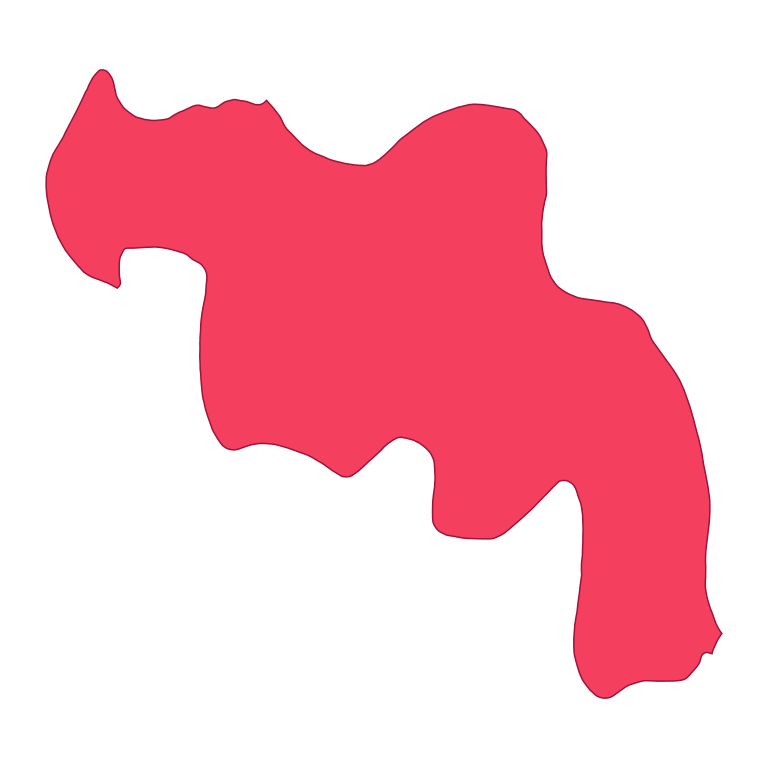 the district of Ly Nhan, Hà Nam, Vietnam
{"feature_id": "81297802B63925273406451", "entity_name": "Ly Nhan", "entity_type": "district", "adm_level": 2, "iso_a3": "VNM", "parent_name": "Vietnam", "parent_adm1": "Hà Nam", "projection": "natural_earth1", "projection_center": [106.086, 20.548], "detail": "fine", "context": "isolated", "style": "filled", "palette": "rose", "viewbox_px": 768, "rotation_deg": 0, "n_neighbors": 0, "source": "geoboundaries", "source_scale": "gbopen_adm2", "svg_char_len": 6067}
<svg xmlns="http://www.w3.org/2000/svg" viewBox="0 0 768 768"><path d="M579.2,594.5L577.9,603.8L577.0,612.0L576.0,617.2L574.8,625.0L574.5,628.8L574.1,634.9L573.9,637.0L573.8,639.8L573.9,643.5L573.8,646.2L574.1,652.6L574.6,655.8L576.2,662.1L577.4,666.4L578.9,671.3L580.3,675.0L581.6,678.0L582.8,680.3L584.1,682.3L585.1,683.7L590.0,690.0L592.5,692.3L595.2,694.8L597.4,696.3L599.7,697.2L601.9,697.9L604.0,698.1L606.4,698.1L608.8,697.7L611.5,696.8L614.1,695.2L621.8,689.6L624.2,687.9L626.8,686.3L629.5,684.9L632.2,684.0L638.2,682.1L643.4,680.8L645.9,680.7L650.9,680.8L656.1,681.1L663.4,681.1L672.7,681.0L678.2,680.7L681.8,680.1L683.3,679.7L684.6,679.2L686.2,678.2L688.5,676.3L692.8,671.3L694.8,669.1L696.8,666.8L698.6,664.3L699.7,662.1L700.6,658.9L701.1,657.2L701.8,655.4L703.1,653.9L704.7,652.9L705.8,652.5L707.1,652.5L707.7,652.5L712.0,653.7L712.6,651.2L713.8,648.3L715.6,644.3L716.7,641.9L717.9,639.5L720.5,635.4L721.9,633.6L720.1,631.1L717.8,627.3L716.0,623.6L714.3,619.1L712.4,613.6L710.4,608.6L708.7,603.4L707.0,597.2L706.1,592.4L705.4,587.4L705.3,581.8L705.6,577.6L705.7,566.9L705.5,561.1L705.6,555.2L705.9,549.9L707.5,536.8L708.3,530.4L709.0,524.6L709.6,517.6L709.9,510.2L709.8,501.8L709.5,498.0L708.0,486.9L705.2,472.1L703.6,464.5L701.9,453.4L700.0,444.4L699.2,440.8L698.3,437.1L697.3,433.9L693.3,418.4L689.7,406.0L683.9,389.6L679.4,379.8L677.1,375.9L673.3,369.8L660.4,352.0L653.3,342.1L652.1,340.2L651.2,338.5L650.4,336.7L649.4,333.5L648.3,330.4L647.1,327.7L643.9,321.5L643.1,320.3L640.9,317.5L638.3,315.1L635.4,312.8L632.4,310.5L626.0,306.9L619.2,304.2L613.8,302.9L606.8,302.2L598.5,300.8L585.1,299.0L580.1,298.2L576.6,297.2L568.6,293.9L564.1,291.3L561.0,289.2L557.4,286.4L554.6,282.8L551.2,277.8L549.5,274.0L545.2,261.0L543.3,254.8L542.4,249.7L541.7,242.7L541.8,237.2L541.8,230.0L541.6,223.4L542.1,218.5L542.6,213.4L543.2,209.1L544.8,201.1L546.0,196.6L546.4,194.5L546.5,192.3L546.5,190.1L546.3,187.3L546.2,181.0L546.1,174.1L546.1,171.1L546.1,167.9L546.5,159.8L546.8,154.8L546.8,153.7L546.7,152.5L546.5,150.9L546.0,149.1L543.5,143.4L540.6,137.2L538.7,134.2L535.7,130.2L528.8,123.0L523.5,117.7L522.6,116.5L521.7,115.2L520.7,114.0L519.6,113.2L518.2,112.1L515.2,110.3L513.5,109.6L489.6,105.5L481.1,104.5L474.1,104.2L469.5,104.6L466.0,105.4L457.8,107.4L443.2,112.4L432.6,116.8L423.8,121.8L414.0,129.0L400.0,139.7L394.0,146.1L385.9,153.9L379.8,159.1L375.9,161.8L372.8,163.5L365.8,165.6L355.4,165.1L345.2,163.5L334.7,161.0L329.4,159.4L323.4,156.7L315.2,153.5L309.7,150.4L302.2,144.9L297.4,140.0L292.5,134.8L287.0,129.3L284.7,126.1L282.8,122.4L281.0,118.4L280.1,116.8L276.3,111.8L272.4,106.9L266.5,100.4L264.6,102.3L262.8,103.5L261.5,104.1L260.3,104.5L258.7,104.8L257.3,104.8L255.6,104.7L249.0,102.4L247.2,101.7L244.4,101.1L240.8,100.7L235.6,99.6L233.7,99.6L230.5,100.4L225.8,101.6L223.4,102.8L218.8,106.1L217.0,107.1L215.2,107.8L213.4,108.1L211.7,108.1L206.1,107.0L203.0,106.3L201.2,105.7L200.0,105.4L199.0,105.2L197.8,105.2L196.3,105.3L194.6,105.7L192.2,106.5L184.4,110.2L179.5,112.2L178.2,112.8L173.6,115.3L170.2,117.7L168.0,118.8L166.7,119.1L162.7,119.8L154.5,120.5L150.6,120.3L144.8,119.5L139.9,118.1L136.9,117.4L133.7,115.7L128.7,112.1L125.1,109.2L123.1,107.1L120.3,102.9L117.7,98.7L116.1,95.1L115.3,90.8L114.6,87.8L113.3,81.7L112.0,78.2L109.4,74.1L107.6,72.1L106.1,70.8L103.7,70.0L102.5,69.9L101.4,69.9L100.6,70.0L99.6,70.3L98.6,71.0L94.9,75.0L92.2,78.7L88.7,85.5L87.4,88.9L85.3,92.5L81.8,100.2L77.1,109.9L73.7,116.5L65.8,131.6L63.0,137.6L57.7,146.4L55.2,150.4L53.4,153.5L51.6,157.6L50.0,162.0L48.9,165.8L48.1,168.6L47.0,172.8L46.3,176.6L46.1,186.2L46.6,193.3L47.3,198.8L48.0,202.3L48.6,205.5L49.6,210.7L50.8,216.3L53.1,224.2L58.3,237.6L60.5,241.5L62.7,245.6L65.7,250.6L70.9,257.4L75.5,262.8L77.8,265.6L81.0,269.0L83.6,271.9L84.8,272.8L86.5,274.0L90.0,276.1L93.6,277.7L99.9,280.0L103.9,281.6L108.0,283.1L117.3,288.1L119.3,286.0L120.2,284.4L120.4,283.7L120.5,282.9L120.5,282.1L119.7,278.1L119.3,274.3L119.2,268.3L119.3,262.7L119.7,259.1L120.3,256.8L121.8,253.8L122.6,252.0L123.8,249.8L124.9,248.8L126.0,248.3L127.9,248.1L133.4,248.1L144.7,247.4L154.0,247.0L156.0,247.0L161.7,247.6L165.5,248.2L172.3,249.7L183.4,253.0L186.1,254.3L187.2,254.9L192.4,259.3L199.7,263.2L201.3,264.4L202.3,265.5L204.9,269.2L205.9,271.4L206.3,272.6L206.6,274.0L206.8,275.0L206.9,278.6L206.2,285.3L205.8,291.9L205.7,293.1L205.6,294.5L204.3,301.2L203.3,306.0L202.0,313.4L201.2,319.7L200.8,323.8L200.5,331.3L200.0,338.5L200.1,339.8L199.9,343.0L200.0,348.2L199.8,356.3L200.1,363.9L200.2,369.5L200.7,373.6L201.0,379.9L201.3,383.4L201.9,389.9L202.3,393.4L202.4,394.6L203.1,398.7L204.1,402.6L205.3,408.3L206.3,411.8L208.5,418.6L209.3,420.7L212.3,429.3L213.5,431.7L217.2,438.1L221.0,443.6L223.1,446.0L226.9,448.5L228.7,449.1L231.3,449.7L233.7,449.9L236.2,449.7L239.1,448.9L243.6,447.3L249.1,445.4L251.8,444.6L255.7,444.0L260.1,443.4L265.1,443.5L271.8,444.0L276.2,444.7L281.7,446.2L287.9,448.0L307.6,455.1L312.5,457.6L317.0,460.3L323.7,464.3L332.7,470.8L339.8,475.1L342.1,476.4L343.8,476.7L346.9,476.9L350.1,476.4L352.2,475.4L358.3,471.1L362.1,467.7L369.1,461.1L373.6,457.2L380.4,450.9L384.2,446.8L388.3,443.3L393.6,439.7L396.8,438.1L398.0,437.6L399.4,437.4L400.5,437.3L401.8,437.4L406.5,438.2L413.4,440.1L419.9,443.4L424.5,446.9L427.7,449.8L430.3,452.9L431.7,455.4L433.0,458.2L433.9,460.8L434.2,462.1L434.6,467.5L435.1,476.8L435.0,480.0L434.6,486.8L433.4,495.2L432.7,502.1L432.5,511.1L432.6,518.0L433.0,522.0L433.4,523.4L434.5,525.7L436.6,528.8L439.1,531.3L441.7,532.8L446.4,535.0L449.2,535.6L454.2,536.4L462.8,538.0L467.0,538.4L479.5,538.8L488.5,538.9L492.2,538.7L493.5,538.4L496.3,537.3L501.2,535.0L504.4,533.0L510.2,528.3L517.7,521.8L521.8,518.2L532.2,508.7L539.9,500.7L546.4,494.1L553.1,487.1L558.1,482.2L559.3,481.3L560.9,480.7L562.6,480.5L565.3,480.5L567.7,481.0L570.0,482.2L572.0,483.5L574.0,485.7L575.7,488.7L576.7,491.4L578.3,496.7L580.9,503.7L581.8,509.2L582.6,515.1L582.9,523.8L583.1,528.0L582.9,537.1L582.9,541.5L582.6,546.8L582.4,555.3L581.5,563.1L581.4,570.4L581.7,574.4L581.3,577.6L580.1,586.3L579.5,592.0L579.2,594.5Z" fill="#f43f5e" stroke="#9f1239" stroke-width="1.5"/></svg>